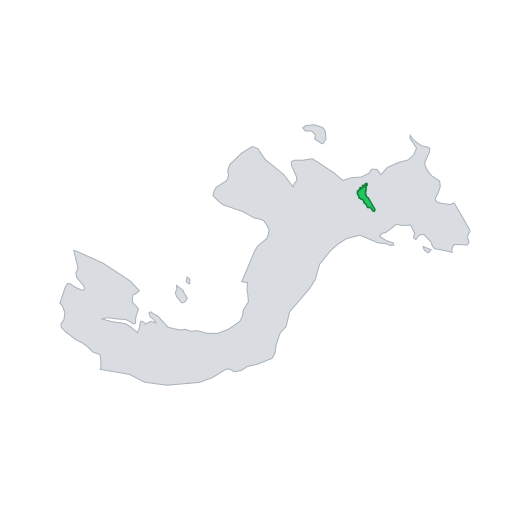 Mironó, Ngöbe Buglé, Panama (highlighted), rotated 150°
{"feature_id": "35544464B14615778162617", "entity_name": "Mironó", "entity_type": "district", "adm_level": 2, "iso_a3": "PAN", "parent_name": "Panama", "parent_adm1": "Ngöbe Buglé", "projection": "natural_earth1", "projection_center": [-81.895, 8.486], "detail": "fine", "context": "in_parent", "style": "filled", "palette": "green", "viewbox_px": 512, "rotation_deg": 150, "n_neighbors": 0, "source": "geoboundaries", "source_scale": "gbopen_adm2", "svg_char_len": 6829}
<svg xmlns="http://www.w3.org/2000/svg" viewBox="0 0 512 512"><g transform="rotate(150 256 256)"><path d="M447.6,235.7L446.3,236.8L442.5,243.2L440.4,248.7L445.4,254.5L446.9,260.7L449.7,267.4L454.2,274.1L459.1,286.5L460.3,291.5L458.9,294.8L454.2,296.8L449.8,302.6L448.6,309.7L449.5,313.2L436.4,324.6L433.0,326.5L430.8,324.7L427.9,319.0L424.6,314.4L422.8,312.8L421.7,312.7L420.7,313.8L420.2,316.3L422.0,327.0L420.5,331.3L416.1,334.6L411.0,352.0L409.0,349.8L392.1,326.4L377.5,297.4L374.4,284.3L378.2,283.5L381.8,283.8L383.8,281.8L386.1,278.0L384.2,269.1L391.3,262.4L393.9,257.9L395.9,258.4L400.5,266.1L407.3,270.6L415.6,277.0L420.7,278.4L414.2,271.7L403.0,262.8L399.9,257.0L396.9,248.9L392.5,252.4L390.5,255.3L388.2,257.0L386.3,255.0L385.9,252.4L379.3,251.9L377.6,249.5L375.9,248.1L376.7,253.2L378.0,256.3L377.3,260.1L375.2,260.4L373.3,256.5L371.0,252.9L367.8,238.2L360.3,231.2L356.9,228.9L354.0,228.0L349.9,223.3L344.4,220.8L336.9,213.4L327.7,208.1L316.4,206.3L302.8,207.4L298.2,210.4L295.1,214.1L293.7,215.8L285.6,220.0L282.6,226.2L280.6,231.4L276.6,237.3L281.2,240.8L255.0,260.8L249.8,263.7L238.0,265.8L235.2,267.9L231.6,271.9L231.2,277.9L231.7,283.0L235.1,287.0L238.2,289.5L245.5,301.4L258.6,316.4L261.0,321.8L263.1,330.0L259.1,333.8L256.1,335.4L243.7,336.0L239.5,339.3L237.7,344.2L233.1,348.3L217.1,352.3L204.6,352.7L200.7,348.1L199.8,335.1L191.3,312.8L189.3,297.4L187.2,299.4L182.7,301.1L181.2,304.9L180.1,316.3L178.4,320.1L175.0,319.8L167.9,315.7L158.4,312.0L146.4,288.0L145.1,283.5L142.8,278.1L133.5,275.8L125.6,271.8L116.9,271.2L112.5,273.4L108.0,270.5L107.2,264.0L98.1,266.9L86.5,265.9L76.1,263.1L69.0,264.6L63.0,269.2L63.8,281.2L62.1,283.5L61.8,278.7L59.7,273.0L57.2,268.4L52.0,263.6L51.7,261.8L53.8,259.4L63.3,252.4L64.5,249.5L64.7,243.4L63.8,237.6L59.5,229.0L61.9,223.8L66.8,219.5L71.9,216.2L72.7,214.7L71.8,211.8L68.9,208.7L62.0,203.4L57.9,203.0L57.7,187.7L57.9,171.4L59.0,169.7L61.5,168.8L63.5,166.3L64.6,161.5L67.6,159.8L73.1,163.5L78.6,166.7L80.9,165.7L82.6,164.1L83.9,162.5L84.3,161.0L88.7,165.3L97.7,173.0L98.3,176.8L97.4,180.5L99.9,190.9L104.6,192.4L109.3,190.4L110.5,192.3L109.6,194.2L107.2,196.4L106.6,205.4L114.4,209.5L118.2,213.2L131.1,211.5L135.8,212.5L139.1,211.4L135.5,204.2L130.7,198.9L131.1,196.5L134.7,198.3L137.5,201.9L143.8,206.4L155.5,222.0L168.9,225.8L179.4,225.3L189.3,223.2L205.0,217.1L216.3,206.1L225.4,201.2L254.8,190.8L265.2,179.9L269.6,178.5L273.8,177.1L283.0,168.9L288.0,162.5L293.2,159.3L308.7,161.6L318.8,164.6L325.8,164.2L332.5,166.4L335.4,171.1L338.4,173.0L354.8,172.5L368.3,174.9L397.9,188.7L415.6,202.4L424.9,216.9L447.6,235.7ZM151.5,343.6L147.6,344.0L139.8,340.5L134.0,333.8L133.6,331.6L133.7,329.3L136.8,322.5L141.0,320.1L142.7,320.1L146.7,328.1L144.0,331.1L145.1,336.1L150.8,339.7L151.5,343.6ZM341.0,267.0L339.6,270.4L336.3,262.7L336.8,260.8L336.6,253.8L339.7,252.0L342.0,251.8L343.9,252.8L345.1,261.0L344.1,264.7L341.0,267.0ZM107.3,176.9L106.6,180.7L101.2,173.9L104.4,172.8L105.5,172.9L107.3,176.9ZM329.3,268.6L326.1,272.2L324.9,268.8L327.1,265.3L327.9,265.2L329.3,268.6Z" fill="#d9dde1" stroke="#a8b0b8" stroke-width="1"/><path d="M135.4,261.3L135.7,261.0L135.7,260.9L135.8,260.8L136.0,260.7L136.4,260.7L136.4,260.3L136.3,260.2L136.5,259.8L136.8,259.8L136.9,259.7L136.8,259.4L137.0,259.3L137.0,259.2L136.9,259.1L137.1,258.8L137.0,258.7L137.2,258.4L137.1,258.2L137.2,257.9L137.1,257.7L137.0,257.4L137.0,257.2L137.0,256.9L137.1,256.6L137.3,256.2L137.4,255.6L137.3,255.4L137.5,255.1L137.4,255.1L137.2,255.1L137.1,254.9L137.3,254.7L137.4,254.2L137.2,254.0L137.0,253.9L137.0,253.7L136.8,253.5L136.8,253.3L136.7,253.2L136.6,252.8L136.6,252.7L136.4,252.6L136.1,252.4L136.1,252.2L135.9,252.1L135.8,251.9L135.7,251.6L135.5,251.4L135.4,251.3L135.4,251.1L135.2,251.0L135.2,250.9L135.2,250.7L135.3,250.7L135.2,250.5L135.3,250.2L135.3,249.8L135.3,249.6L135.5,249.5L135.5,249.4L135.5,249.2L135.7,248.9L135.7,248.6L135.8,248.5L135.8,248.1L135.8,247.9L135.6,247.7L135.5,247.4L135.5,247.2L135.4,247.1L135.3,246.9L135.2,246.9L135.1,246.7L135.1,246.4L135.2,246.2L134.9,245.8L134.9,245.7L134.9,245.4L134.9,245.1L134.8,244.8L134.8,244.7L134.9,244.3L135.0,244.0L135.0,243.8L135.1,243.7L135.1,243.1L135.1,242.9L135.1,242.5L135.1,242.4L134.8,242.4L134.7,242.3L134.5,242.2L134.5,241.7L134.4,241.6L134.2,241.5L133.5,241.4L133.2,241.2L132.9,240.8L132.8,240.4L132.6,239.3L132.4,238.7L132.3,237.9L132.4,237.3L132.4,237.1L132.4,236.9L132.3,236.7L132.2,236.5L132.1,236.3L131.9,236.2L131.5,236.0L131.4,235.9L131.4,235.7L131.2,235.6L130.9,235.7L130.7,235.8L130.4,236.1L130.1,236.5L129.8,237.0L129.7,237.0L129.7,250.3L130.1,250.9L130.2,251.1L130.3,251.2L130.4,251.3L130.3,251.6L130.4,251.8L130.4,252.0L130.6,252.4L130.7,252.5L130.6,252.9L130.5,253.0L130.4,253.1L130.2,253.6L130.3,253.7L130.2,253.8L130.3,253.9L130.3,254.0L130.2,254.1L130.3,254.2L130.4,254.4L130.3,254.5L130.3,254.8L130.1,255.1L129.9,255.2L129.8,255.3L129.9,255.5L129.8,255.4L129.7,255.5L129.5,255.8L129.7,256.1L129.3,256.6L129.2,256.9L129.1,257.0L128.9,257.0L128.8,257.3L128.6,257.4L128.4,257.2L128.3,257.3L128.5,257.6L128.4,257.7L128.3,258.0L128.2,258.0L128.1,257.9L128.0,258.0L127.9,258.3L127.7,258.4L127.4,258.4L127.4,258.6L127.2,258.8L127.1,259.1L127.0,259.3L127.1,259.5L127.0,259.8L126.9,260.0L126.6,260.1L126.4,260.2L126.3,260.3L126.4,260.5L126.1,260.5L126.1,260.8L125.9,260.8L125.8,261.0L125.8,261.4L125.7,261.4L125.6,261.5L125.5,261.8L125.3,261.8L125.3,262.0L125.1,261.9L125.0,262.0L124.9,262.0L124.7,262.0L124.6,261.8L124.4,261.9L124.4,262.0L124.6,262.0L124.4,262.1L124.2,261.9L124.1,262.0L124.0,262.3L124.3,262.2L124.4,262.3L124.5,262.3L124.5,262.5L124.7,262.8L124.8,262.9L124.8,263.0L124.7,263.3L124.8,263.3L124.6,263.2L124.4,263.0L124.2,263.2L123.9,263.0L123.8,263.3L123.8,263.5L124.0,263.8L124.4,263.8L124.3,263.5L124.7,263.4L124.6,263.8L124.9,263.8L125.0,263.8L125.0,263.7L125.0,263.4L125.1,263.2L125.3,262.8L125.5,262.9L125.5,263.0L125.6,263.3L126.2,263.2L126.5,263.0L126.5,263.4L126.9,263.2L126.8,262.9L127.1,262.7L127.5,262.2L127.6,262.3L127.4,262.6L127.5,262.7L127.7,262.9L128.1,262.9L128.2,263.0L128.3,263.2L128.3,263.4L128.1,263.2L127.9,263.4L127.9,263.5L128.2,263.6L128.4,263.5L128.4,263.4L128.5,263.4L128.5,263.1L128.4,263.0L128.4,262.8L128.4,262.7L128.3,262.4L128.5,262.4L128.6,262.5L128.8,262.5L129.0,262.5L129.2,262.3L129.3,262.2L129.2,262.1L129.3,262.0L129.6,261.8L129.8,262.1L130.1,261.9L130.3,261.8L130.3,261.7L130.4,261.9L130.6,261.9L130.7,262.1L130.8,262.1L130.9,262.5L130.7,262.6L130.6,262.8L130.9,263.0L131.5,263.1L131.4,262.8L131.4,262.7L131.6,262.6L131.7,262.8L131.8,262.7L131.7,262.7L131.8,262.4L131.7,262.2L131.9,262.1L131.9,261.9L132.0,261.9L132.4,261.5L132.5,261.6L132.3,261.8L132.4,262.0L132.7,261.8L132.7,262.1L133.1,262.1L133.2,261.9L133.6,261.8L133.6,261.6L134.3,261.6L134.5,261.6L135.1,261.6L135.0,261.3L135.1,260.9L135.3,261.0L135.4,261.3Z" fill="#22c55e" stroke="#15803d" stroke-width="1.5"/></g></svg>